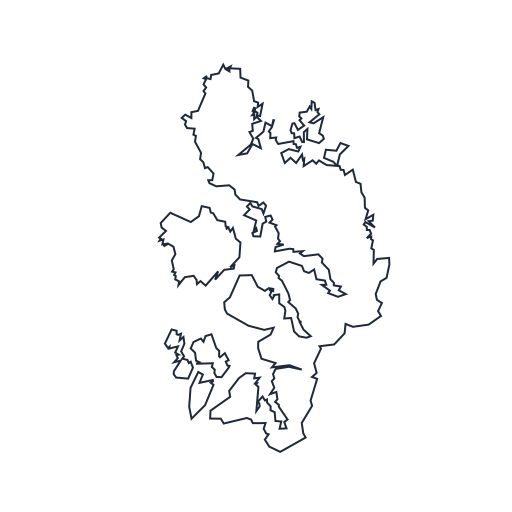 Øksnes nor, Nordland, Norway (Albers equal-area conic projection), rotated 332°
{"feature_id": "86288312B99132950125054", "entity_name": "Øksnes nor", "entity_type": "district", "adm_level": 2, "iso_a3": "NOR", "parent_name": "Norway", "parent_adm1": "Nordland", "projection": "albers", "projection_center": [15.043, 68.874], "detail": "fine", "context": "isolated", "style": "outline", "palette": "slate", "viewbox_px": 512, "rotation_deg": 332, "n_neighbors": 0, "source": "geoboundaries", "source_scale": "gbopen_adm2", "svg_char_len": 6146}
<svg xmlns="http://www.w3.org/2000/svg" viewBox="0 0 512 512"><g transform="rotate(332 256 256)"><path d="M252.3,393.2L248.7,389.1L254.7,387.7L256.9,378.0L269.9,368.3L269.7,365.5L283.5,370.8L297.9,365.9L303.2,358.0L308.3,364.0L323.3,369.5L338.2,367.6L337.9,362.0L345.1,356.6L342.2,351.5L343.8,345.8L354.1,336.9L361.0,336.6L369.8,326.1L372.6,320.2L361.6,315.5L356.2,317.9L362.9,305.9L361.4,303.4L366.6,297.1L365.5,295.2L366.9,293.0L362.2,292.1L368.1,290.4L368.5,286.4L366.1,285.1L367.5,282.3L365.9,278.8L368.5,277.4L374.4,286.7L371.9,278.2L375.7,279.6L378.9,274.7L370.0,275.0L376.5,268.4L374.8,264.6L379.3,255.5L379.0,249.2L382.2,241.3L379.0,237.5L382.0,225.2L372.6,226.2L373.7,221.1L371.2,219.6L372.0,216.0L370.4,213.9L377.7,205.7L389.3,202.2L383.6,195.9L376.4,200.8L367.6,195.0L362.1,201.3L368.5,209.1L369.8,214.5L361.0,208.8L356.5,201.2L352.5,202.8L350.9,198.1L340.3,199.0L344.3,192.7L342.5,193.2L344.3,188.0L335.1,192.7L332.6,185.5L325.1,187.4L326.6,177.0L335.1,177.0L342.4,183.6L346.5,180.4L343.0,179.8L343.7,176.0L341.8,174.8L343.0,172.2L328.2,167.5L327.9,162.8L329.5,160.9L323.9,158.6L326.5,154.2L325.8,152.1L330.4,149.7L335.6,144.6L335.1,144.2L331.1,148.9L327.0,142.7L320.9,149.7L311.5,151.7L313.0,153.9L310.9,163.1L305.5,155.5L296.4,161.2L287.8,158.5L303.7,155.2L308.7,151.1L308.4,143.5L311.9,144.0L314.7,137.5L323.8,139.1L321.9,133.4L318.6,134.3L320.8,130.6L318.9,129.9L321.6,128.7L321.0,126.5L323.8,124.2L324.8,125.2L322.9,127.1L324.5,130.3L322.9,132.2L325.3,134.4L333.3,124.6L327.4,125.2L329.9,121.6L327.0,118.4L330.3,108.2L328.4,102.9L331.6,97.5L326.1,91.2L329.9,83.3L321.0,78.0L322.6,76.7L321.0,76.7L319.2,80.5L317.5,77.7L319.5,76.7L316.8,76.3L316.9,71.7L308.8,77.3L301.4,75.1L298.9,78.4L295.0,75.1L297.2,74.0L293.3,74.6L294.9,76.5L290.2,79.9L291.1,83.8L287.1,85.7L287.6,88.8L272.9,100.6L266.5,98.7L263.7,103.8L259.9,98.0L255.2,99.2L257.6,104.1L255.0,106.6L255.2,110.7L261.6,114.8L257.7,119.5L259.3,121.7L255.8,126.5L255.9,139.1L252.1,144.3L253.5,148.5L252.2,154.5L255.1,154.8L257.2,163.3L253.0,168.5L249.4,166.7L249.1,169.8L253.6,175.8L265.5,181.0L268.3,187.3L266.6,192.1L268.5,198.6L282.3,209.1L281.8,213.0L287.6,212.2L288.5,216.3L282.5,222.0L283.1,217.3L276.1,210.5L275.9,206.5L271.2,208.1L272.3,211.9L264.6,214.4L272.9,224.8L266.1,232.4L269.3,231.4L268.6,234.3L263.6,234.0L263.0,237.4L268.9,240.8L277.1,230.5L281.2,230.5L282.5,225.8L287.9,227.1L287.7,231.6L283.6,232.9L288.5,238.4L286.6,239.0L286.7,246.6L283.6,251.0L284.1,254.2L280.6,255.4L285.8,258.9L277.4,257.3L274.8,260.8L289.0,265.3L292.1,267.4L291.0,269.9L299.6,273.7L296.0,274.4L298.2,278.6L311.8,283.8L313.5,289.5L311.1,292.7L313.8,302.4L310.8,311.6L312.2,316.0L310.9,318.5L316.6,322.8L313.0,325.1L317.4,331.8L309.2,330.5L302.3,322.6L305.0,321.3L300.6,312.5L304.5,314.4L305.3,310.0L298.5,304.9L301.0,295.2L294.7,295.8L291.3,292.0L291.9,286.3L282.5,276.5L268.9,276.4L265.8,279.7L267.0,284.4L265.6,286.0L267.3,290.1L267.0,304.3L265.4,310.9L262.9,311.8L266.4,321.0L266.2,326.7L264.0,329.5L263.8,334.6L265.4,335.2L263.5,335.2L263.4,343.4L266.7,352.5L262.3,351.9L256.3,347.2L254.2,340.5L257.9,327.3L251.6,324.4L256.3,318.1L257.1,314.4L254.3,308.7L258.5,300.8L252.5,298.6L253.6,299.5L250.3,301.7L249.7,297.0L252.8,294.8L252.1,291.7L254.7,295.0L255.8,293.2L252.2,290.4L247.5,291.0L243.1,284.0L243.3,270.9L232.4,265.5L213.5,280.3L206.2,281.9L203.4,288.5L203.4,293.2L216.6,314.0L228.6,325.1L237.9,327.6L232.0,332.2L217.7,332.8L214.6,338.4L212.6,349.3L223.0,359.7L217.8,361.8L234.2,368.1L243.1,377.8L232.9,369.2L220.3,364.9L215.6,368.3L214.7,372.7L211.2,373.9L210.3,380.9L203.6,384.6L210.1,385.6L207.7,392.5L204.4,393.8L206.3,398.2L205.4,399.8L207.1,415.2L203.0,415.9L202.0,422.5L195.7,419.6L200.6,414.0L195.7,410.8L199.2,402.6L196.4,399.1L198.3,395.7L197.0,390.6L198.3,387.8L196.1,387.8L195.8,383.1L188.5,385.9L189.8,387.5L188.5,390.6L183.5,393.1L196.7,372.7L195.4,369.4L197.1,368.8L195.6,368.0L202.1,365.1L197.0,363.2L199.9,359.4L192.0,354.7L183.7,355.8L169.0,362.5L167.1,368.2L143.2,371.2L139.2,378.0L148.5,383.1L148.9,388.8L171.8,394.7L174.9,398.1L174.7,402.1L186.0,408.0L181.7,412.1L181.6,417.4L183.4,419.3L177.6,422.3L178.2,430.5L185.4,440.3L214.6,439.6L214.5,434.7L218.0,424.9L235.2,414.6L236.3,409.3L252.3,393.2ZM200.6,177.6L187.3,182.2L186.0,186.5L188.3,191.6L179.1,194.3L180.1,196.0L178.0,197.2L182.1,197.9L178.8,201.8L182.0,202.9L178.9,204.1L184.3,204.0L187.5,209.0L185.7,216.5L179.6,220.4L177.1,229.2L174.6,230.4L177.2,232.7L174.8,234.3L175.8,235.9L173.7,238.8L176.2,242.3L173.9,245.3L183.2,241.3L191.6,244.2L192.3,249.2L190.7,253.1L195.2,252.1L197.6,258.5L215.4,251.8L208.8,257.7L221.5,253.3L230.4,256.7L232.5,254.1L227.9,253.8L240.7,249.4L248.6,236.8L246.3,231.2L248.8,220.4L244.7,222.4L245.0,217.9L242.0,218.3L244.8,217.4L243.1,215.7L244.9,211.3L238.7,206.2L238.3,198.3L236.5,196.4L237.6,191.7L231.5,186.5L224.3,194.1L214.4,195.4L200.6,177.6ZM168.6,303.0L160.5,302.6L154.9,307.0L156.8,312.7L153.9,320.3L156.1,323.1L152.6,323.1L167.5,330.4L164.9,333.2L166.2,337.0L164.3,339.8L164.4,344.3L168.7,346.8L179.7,341.7L181.0,340.5L179.4,339.5L179.7,335.1L182.9,335.1L182.9,327.2L176.6,328.5L176.3,327.2L179.0,322.5L177.7,318.7L179.9,304.2L173.8,303.0L169.4,307.1L168.6,303.0ZM377.8,145.6L373.9,152.1L373.6,149.2L368.6,152.4L361.9,149.9L359.7,153.0L360.7,155.8L358.2,156.5L359.7,163.4L352.2,164.4L352.3,156.8L350.3,156.2L345.5,161.2L345.2,164.3L347.3,165.6L345.2,170.0L350.6,171.0L350.3,177.0L351.8,177.9L356.4,169.1L361.0,168.0L355.8,177.0L364.7,185.9L370.9,184.4L371.5,181.1L369.4,177.2L380.5,165.0L369.2,165.9L366.0,163.1L378.5,160.6L377.8,157.8L380.2,155.6L377.1,155.2L379.6,148.3L377.8,145.6ZM150.6,331.3L136.3,341.7L126.2,357.8L122.7,369.4L141.0,363.8L158.0,349.8L156.5,346.6L159.2,346.5L159.6,345.2L146.6,341.5L153.4,335.7L150.6,331.3ZM147.0,281.3L134.4,290.6L135.1,295.9L136.9,295.5L135.7,296.9L144.7,299.2L139.3,303.3L141.4,306.8L139.2,306.1L139.0,309.5L133.8,311.4L140.4,313.0L129.3,319.3L127.8,321.8L128.5,325.9L138.5,332.4L147.9,325.0L148.7,318.7L146.4,319.0L146.7,315.6L142.7,312.0L145.4,310.8L145.1,305.1L151.6,299.8L153.9,293.5L148.9,294.7L153.3,289.4L150.2,289.1L149.2,287.8L150.8,284.7L147.0,281.3Z" fill="none" stroke="#1e293b" stroke-width="2"/></g></svg>